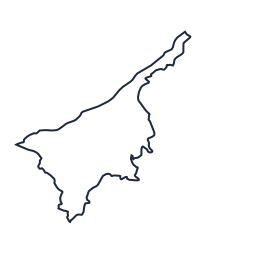 outline of Santiago de Cuba, rotated 146°
{"feature_id": "CUB-1369", "entity_name": "Santiago de Cuba", "entity_type": "Province", "adm_level": 1, "iso_a3": "CUB", "parent_name": "Cuba", "parent_adm1": "", "projection": "robinson", "projection_center": [-76.024, 20.226], "detail": "fine", "context": "isolated", "style": "outline", "palette": "slate", "viewbox_px": 256, "rotation_deg": 146, "n_neighbors": 0, "source": "natural_earth", "source_scale": "10m", "svg_char_len": 3933}
<svg xmlns="http://www.w3.org/2000/svg" viewBox="0 0 256 256"><g transform="rotate(146 128 128)"><path d="M230.0,176.7L229.8,176.7L228.5,176.5L224.4,175.5L223.2,174.8L222.3,174.7L221.9,175.0L220.9,176.3L220.2,176.7L216.8,177.2L212.9,177.1L209.2,176.3L206.7,174.7L202.6,175.3L197.6,172.4L192.5,168.5L188.2,166.1L185.5,165.7L176.7,166.1L174.4,165.7L169.6,164.4L167.1,164.0L162.4,164.6L159.9,165.4L158.3,166.5L156.5,166.8L140.3,162.5L129.2,161.1L123.6,161.4L113.7,164.3L109.1,165.0L100.1,165.0L97.5,165.4L92.3,167.4L89.6,168.0L74.0,167.0L58.1,168.4L55.5,169.9L52.8,169.7L50.1,169.1L47.6,168.9L45.7,169.8L41.7,173.3L39.1,174.7L36.2,175.5L26.9,175.9L26.9,172.7L25.7,170.2L25.4,169.6L25.3,169.1L25.3,168.7L26.4,168.3L33.5,167.5L34.4,167.2L35.0,166.7L39.7,159.9L40.3,159.6L41.2,159.3L44.1,159.1L45.9,159.3L48.5,159.3L50.4,158.9L51.6,158.3L53.7,156.0L55.7,154.7L56.9,155.9L57.2,156.3L57.7,156.8L58.1,157.0L58.5,157.2L58.9,157.3L59.2,157.5L59.6,157.7L59.9,158.1L60.3,158.4L60.7,158.4L61.2,157.9L61.4,157.5L61.9,157.1L62.5,156.8L64.9,156.2L65.6,156.2L66.3,156.8L67.4,158.2L68.2,158.8L69.2,159.2L71.2,159.7L71.6,159.9L71.9,160.1L72.5,160.2L73.6,160.1L75.8,159.8L78.7,159.7L79.1,159.5L79.5,158.2L79.8,158.0L80.5,158.2L81.5,158.6L84.9,159.5L85.8,159.3L85.9,158.6L85.0,155.7L84.8,155.0L84.8,154.6L85.6,154.0L89.1,154.7L92.0,154.9L92.8,154.8L94.0,154.5L95.5,153.8L97.2,152.8L99.1,151.4L102.6,147.8L103.9,145.1L103.5,133.2L102.8,129.0L102.4,128.1L102.5,127.3L103.3,126.8L104.4,125.5L106.3,123.4L106.1,122.0L106.1,121.6L106.1,120.9L108.7,109.6L109.5,108.1L110.4,107.3L112.4,107.2L113.6,107.3L116.2,107.9L117.4,107.9L118.0,107.6L118.4,106.6L118.5,106.0L118.7,104.6L118.9,104.1L119.3,103.4L120.0,102.6L120.6,101.8L121.0,100.8L121.2,99.6L121.2,98.3L120.7,95.7L120.9,95.0L121.4,94.8L122.3,94.8L123.6,95.6L124.2,96.3L124.5,97.2L124.5,98.1L124.3,98.9L124.3,99.8L124.5,100.5L125.1,101.9L125.7,103.8L126.1,104.4L127.1,104.3L128.8,102.8L132.0,98.1L135.0,97.9L136.1,97.9L137.1,98.2L138.0,98.6L139.1,99.2L139.8,99.4L140.3,99.3L140.9,99.1L141.0,99.4L140.9,100.0L139.9,102.2L140.4,103.3L142.7,100.9L142.9,100.5L143.7,97.5L144.0,94.3L143.2,92.2L143.0,90.8L142.6,90.4L142.2,90.2L142.1,89.8L142.4,89.3L144.3,88.0L145.9,86.5L146.5,86.0L148.7,85.1L149.0,84.3L148.9,83.4L148.0,81.1L147.7,79.9L148.0,79.0L148.3,78.8L150.0,79.6L155.8,84.3L157.0,86.4L156.4,87.9L156.8,88.4L157.7,88.8L159.9,89.0L161.4,89.0L162.2,89.2L162.5,89.6L162.4,90.5L162.1,91.2L161.8,91.8L161.5,92.2L161.3,92.5L161.7,93.1L162.7,93.9L166.3,96.6L168.3,97.2L168.8,99.5L169.0,100.0L169.2,100.3L169.6,100.8L171.7,102.0L175.6,102.3L184.4,97.9L185.4,97.6L186.8,97.5L190.7,98.0L195.9,97.5L201.2,93.5L201.6,92.5L202.0,91.2L201.3,89.7L201.2,89.3L201.2,88.8L201.4,88.2L201.7,87.7L202.0,87.6L202.9,88.1L203.7,88.4L205.3,89.3L205.8,89.2L206.8,88.5L208.6,86.9L211.0,84.2L211.5,83.6L211.9,83.2L212.4,83.0L213.1,82.7L213.6,82.4L214.0,82.1L214.5,81.9L215.2,82.1L217.1,83.8L219.4,84.6L224.8,83.5L226.3,83.5L226.8,83.4L227.4,83.1L228.6,82.5L228.8,83.0L228.9,83.9L228.5,87.4L228.3,88.1L228.1,88.3L227.3,88.6L226.8,88.9L226.5,89.3L226.2,89.9L226.1,90.3L225.9,90.8L225.6,91.3L225.2,91.7L224.7,92.0L224.8,92.5L225.6,93.7L227.5,95.5L230.7,100.2L229.6,101.2L229.0,102.4L228.5,102.8L227.9,102.9L226.7,102.5L226.3,102.3L225.7,102.1L225.3,102.3L225.1,102.7L225.0,103.3L225.0,104.0L224.9,104.9L224.4,106.0L223.2,108.1L221.7,109.3L220.3,110.3L218.8,111.0L218.2,111.5L218.0,111.9L218.5,113.1L219.8,116.0L220.1,118.3L219.9,122.9L219.7,123.7L219.4,124.0L219.0,124.3L218.7,124.7L218.4,125.2L217.8,126.3L217.7,127.0L217.8,127.9L218.5,131.3L219.1,133.3L219.4,133.9L220.0,135.8L220.1,136.0L220.4,136.3L221.5,137.2L221.4,140.9L221.8,142.6L222.1,142.9L222.5,143.0L223.0,143.0L223.8,143.5L224.1,144.1L224.2,145.4L224.0,146.1L223.7,146.6L220.7,148.2L219.3,150.2L218.8,150.5L218.4,150.5L216.7,151.3L216.9,156.6L217.5,158.7L219.1,161.6L219.9,162.6L222.5,165.3L230.0,176.7L230.0,176.7Z" fill="none" stroke="#1e293b" stroke-width="2"/></g></svg>